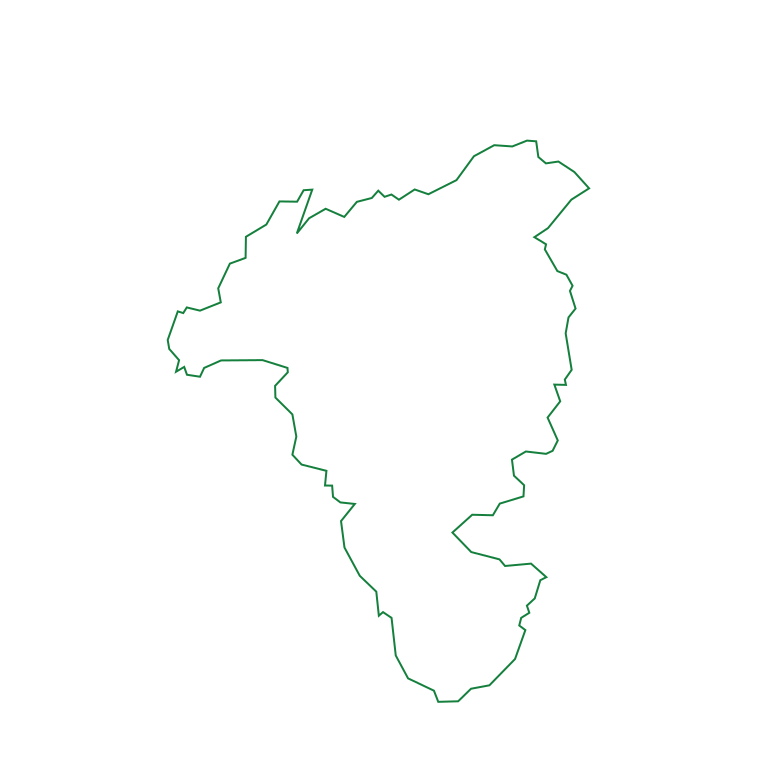 Probishtip, Probištip, North Macedonia (Robinson projection), rotated 110°
{"feature_id": "65306769B77105819408507", "entity_name": "Probishtip", "entity_type": "district", "adm_level": 2, "iso_a3": "MKD", "parent_name": "North Macedonia", "parent_adm1": "Probištip", "projection": "robinson", "projection_center": [22.188, 41.964], "detail": "fine", "context": "isolated", "style": "outline", "palette": "green", "viewbox_px": 768, "rotation_deg": 110, "n_neighbors": 0, "source": "geoboundaries", "source_scale": "gbopen_adm2", "svg_char_len": 1594}
<svg xmlns="http://www.w3.org/2000/svg" viewBox="0 0 768 768"><g transform="rotate(110 384 384)"><path d="M248.2,544.7L274.4,549.1L292.9,564.1L312.8,557.2L323.6,570.0L350.8,572.5L363.1,565.3L378.0,582.0L379.5,595.5L386.0,596.9L386.3,602.6L416.6,602.3L424.5,597.8L431.7,584.7L443.6,583.6L436.3,577.6L442.7,572.3L440.1,559.4L430.4,558.5L417.6,545.2L403.1,506.3L401.9,480.2L405.9,478.4L423.0,485.7L433.9,481.4L443.9,459.7L463.4,448.4L481.8,445.9L487.9,433.9L485.3,408.4L499.6,404.7L497.2,398.0L507.5,393.3L510.2,384.5L506.7,370.4L527.5,377.5L551.2,365.2L572.5,341.2L581.8,320.2L603.5,309.6L598.7,306.9L601.2,296.9L635.1,280.1L652.4,260.7L655.1,232.2L664.1,224.3L656.8,205.8L640.6,198.0L631.1,181.9L597.6,166.8L566.9,167.0L564.7,174.3L556.8,175.1L549.3,169.2L543.4,173.9L533.9,169.0L514.9,170.0L510.0,165.4L502.5,184.4L513.6,208.0L509.3,215.5L512.1,244.5L500.2,268.9L476.7,256.4L470.1,236.8L456.8,234.3L441.9,214.5L431.2,217.7L425.7,230.5L411.3,237.9L398.9,227.6L394.2,207.8L389.1,202.7L377.6,201.4L359.6,218.8L340.0,212.5L326.3,223.7L322.6,212.7L318.0,215.6L306.5,212.5L274.3,230.6L258.3,233.4L247.6,229.8L232.9,241.1L227.2,240.4L218.9,250.0L218.6,259.7L202.5,278.9L197.3,279.5L194.6,292.9L181.4,283.2L146.7,271.0L130.0,258.2L119.7,277.6L115.3,296.2L121.3,307.3L117.9,316.6L103.9,324.0L106.4,332.9L116.9,344.7L121.9,362.1L139.2,377.4L167.6,385.6L190.5,407.2L190.7,421.7L205.7,433.0L203.4,441.8L207.9,447.5L204.3,455.5L213.4,459.1L222.1,471.8L240.6,478.5L239.3,498.8L253.9,511.1L272.4,517.4L225.9,517.9L229.4,525.8L242.4,528.0L248.2,544.7Z" fill="none" stroke="#15803d" stroke-width="2"/></g></svg>